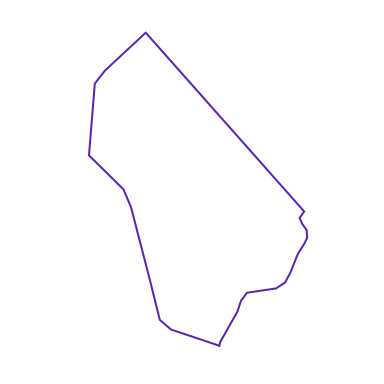 SVG path tracing the border of Ali Sabieh, rotated 286°
{"feature_id": "DJI-1566", "entity_name": "Ali Sabieh", "entity_type": "Region", "adm_level": 1, "iso_a3": "DJI", "parent_name": "Djibouti", "parent_adm1": "", "projection": "mercator", "projection_center": [42.821, 11.228], "detail": "fine", "context": "isolated", "style": "outline", "palette": "violet", "viewbox_px": 384, "rotation_deg": 286, "n_neighbors": 0, "source": "natural_earth", "source_scale": "10m", "svg_char_len": 468}
<svg xmlns="http://www.w3.org/2000/svg" viewBox="0 0 384 384"><g transform="rotate(286 192 192)"><path d="M332.4,103.6L204.2,305.2L196.7,302.6L191.8,306.7L187.0,312.7L179.8,315.3L173.5,314.3L161.5,310.8L141.5,308.8L130.7,306.4L122.5,299.4L110.3,272.6L101.0,269.1L89.5,268.6L55.2,260.4L51.6,260.7L51.8,259.5L54.0,209.8L60.2,196.3L99.2,173.8L160.5,137.6L175.6,125.5L198.8,82.9L269.4,68.7L284.6,74.8L332.4,103.6Z" fill="none" stroke="#5b21b6" stroke-width="2"/></g></svg>